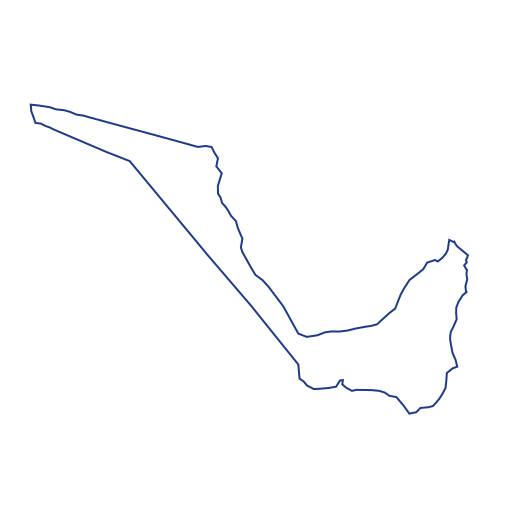 Androlikou, Paphos, Cyprus, rotated 355°
{"feature_id": "46923920B67350241832672", "entity_name": "Androlikou", "entity_type": "district", "adm_level": 2, "iso_a3": "CYP", "parent_name": "Cyprus", "parent_adm1": "Paphos", "projection": "equal_earth", "projection_center": [32.356, 35.027], "detail": "fine", "context": "isolated", "style": "outline", "palette": "blue", "viewbox_px": 512, "rotation_deg": 355, "n_neighbors": 0, "source": "geoboundaries", "source_scale": "gbopen_adm2", "svg_char_len": 1869}
<svg xmlns="http://www.w3.org/2000/svg" viewBox="0 0 512 512"><g transform="rotate(355 256 256)"><path d="M449.9,256.8L447.6,266.4L445.6,269.9L441.6,274.0L436.6,277.3L434.1,275.6L425.9,277.5L421.5,283.7L413.7,288.9L406.9,293.2L400.6,301.2L396.8,307.0L393.3,313.9L390.1,320.5L384.4,324.1L375.1,331.1L370.6,334.6L364.3,335.7L358.9,336.0L349.3,336.9L340.1,338.3L332.5,338.5L323.9,337.7L317.9,338.1L310.4,340.3L299.5,341.0L291.4,337.0L288.3,330.0L278.8,308.5L266.2,288.3L260.5,280.7L253.7,274.7L249.1,265.0L245.2,256.3L242.7,250.8L241.7,246.0L244.0,237.6L240.4,226.8L239.0,219.4L234.6,213.8L232.2,208.3L230.1,204.6L226.8,200.1L225.7,194.5L223.6,190.7L224.1,182.9L229.1,170.6L224.3,163.3L226.6,155.3L223.6,149.5L221.3,143.6L215.4,142.0L207.7,142.3L173.0,129.4L101.4,103.1L96.3,101.1L89.5,99.5L83.5,96.3L77.5,94.0L69.6,92.5L63.6,89.8L52.1,87.0L44.8,85.6L44.8,92.3L46.7,99.3L47.8,103.9L47.9,104.2L53.1,105.3L57.8,108.2L61.6,109.9L65.8,112.5L116.0,139.3L138.5,150.5L203.2,244.0L207.1,249.7L246.7,305.0L288.7,367.8L288.7,382.0L292.3,384.9L295.7,389.6L302.1,393.6L307.8,393.8L317.0,393.8L324.4,393.2L328.8,387.3L331.7,387.2L330.8,391.5L334.3,395.0L339.8,398.7L344.4,398.1L351.2,398.8L358.9,399.6L366.8,401.0L372.4,403.3L376.7,406.9L383.6,408.8L386.7,413.3L389.8,417.6L395.0,426.4L399.4,425.9L402.0,425.6L406.6,421.7L414.3,421.7L419.2,420.9L422.5,417.9L426.1,414.3L429.8,409.4L433.3,404.0L434.7,397.1L435.9,389.2L442.2,385.0L446.8,383.8L445.8,376.9L443.4,369.9L442.8,364.5L442.1,356.4L442.5,352.3L443.5,348.4L446.5,343.6L450.4,336.5L450.4,329.9L451.1,324.6L453.7,319.4L455.8,316.6L458.4,313.2L462.6,310.2L462.1,309.5L462.0,304.3L464.4,297.6L464.1,291.7L465.0,288.4L464.1,287.0L462.5,283.5L465.5,280.6L464.8,278.5L466.2,276.0L467.2,273.7L462.9,269.5L460.2,266.8L457.4,264.1L455.9,261.7L454.8,259.0L454.2,259.4L449.9,256.8Z" fill="none" stroke="#1e3a8a" stroke-width="2"/></g></svg>